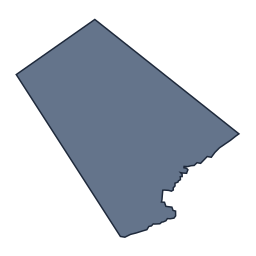 Ngeruliang, Melekeok, Palau, rotated 89°
{"feature_id": "81905179B10053567804267", "entity_name": "Ngeruliang", "entity_type": "district", "adm_level": 2, "iso_a3": "PLW", "parent_name": "Palau", "parent_adm1": "Melekeok", "projection": "equal_earth", "projection_center": [134.631, 7.506], "detail": "fine", "context": "isolated", "style": "filled", "palette": "slate", "viewbox_px": 256, "rotation_deg": 89, "n_neighbors": 0, "source": "geoboundaries", "source_scale": "gbopen_adm2", "svg_char_len": 906}
<svg xmlns="http://www.w3.org/2000/svg" viewBox="0 0 256 256"><g transform="rotate(89 128 128)"><path d="M18.9,159.3L72.6,238.8L236.3,137.5L237.1,133.0L234.4,127.3L233.1,121.7L231.0,114.6L230.0,110.9L226.8,108.9L226.3,106.3L224.3,104.4L224.5,103.0L224.3,97.8L222.7,95.9L222.5,94.4L221.4,91.7L219.3,90.2L219.5,87.4L218.9,83.6L216.7,81.9L211.9,81.9L211.2,84.4L207.9,85.5L207.0,91.5L202.9,92.8L202.6,95.9L200.4,95.3L195.3,94.8L190.8,94.3L190.7,92.8L191.1,88.4L191.9,85.7L190.8,83.8L188.6,83.8L186.8,82.0L184.0,82.0L183.0,79.0L181.7,78.5L180.6,76.5L179.4,76.5L177.6,76.6L177.5,74.7L175.2,74.7L173.5,76.2L174.0,73.9L174.3,70.2L173.1,69.8L170.8,68.8L169.3,70.2L168.7,72.8L167.4,72.6L167.6,69.0L166.8,65.6L166.6,62.5L163.9,59.6L164.6,56.0L157.9,49.3L158.7,45.2L157.5,44.3L154.0,41.6L149.4,36.9L145.9,31.6L141.9,25.5L138.2,20.7L135.8,17.2L18.9,159.3Z" fill="#64748b" stroke="#1e293b" stroke-width="1.5"/></g></svg>